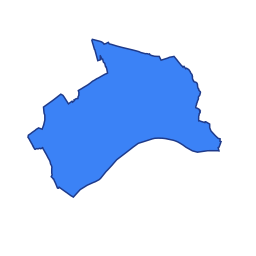 outline of Rasova, Constanta, Romania, rotated 196°
{"feature_id": "2599482B79501903079205", "entity_name": "Rasova", "entity_type": "district", "adm_level": 2, "iso_a3": "ROU", "parent_name": "Romania", "parent_adm1": "Constanta", "projection": "albers", "projection_center": [27.997, 44.248], "detail": "fine", "context": "isolated", "style": "filled", "palette": "blue", "viewbox_px": 256, "rotation_deg": 196, "n_neighbors": 0, "source": "geoboundaries", "source_scale": "gbopen_adm2", "svg_char_len": 5241}
<svg xmlns="http://www.w3.org/2000/svg" viewBox="0 0 256 256"><g transform="rotate(196 128 128)"><path d="M34.2,131.1L34.9,132.2L35.5,133.2L35.6,133.8L35.7,134.0L35.8,134.1L35.5,134.3L35.3,134.5L35.2,134.7L34.9,138.5L35.0,138.5L34.8,140.6L35.9,140.6L36.5,143.0L38.3,142.9L38.7,143.0L41.8,144.6L42.3,144.9L47.4,148.0L49.5,150.7L50.6,154.3L54.5,155.3L54.9,155.4L55.1,155.4L55.6,155.2L55.6,154.4L60.3,154.5L61.1,154.7L61.6,154.6L61.9,154.4L62.3,155.1L63.3,158.8L63.3,159.0L63.3,159.3L63.2,160.1L63.4,160.8L63.5,161.2L62.9,162.7L63.2,163.4L63.2,163.6L63.5,163.4L63.9,164.5L64.0,164.6L64.3,164.9L64.0,165.1L64.6,165.5L66.8,166.1L67.1,166.1L67.4,166.1L67.8,166.1L68.2,166.1L68.4,166.2L68.6,166.5L68.7,167.1L68.7,168.0L68.6,169.6L68.7,170.4L68.8,170.4L68.7,171.2L68.6,171.4L68.6,171.7L68.6,172.4L68.6,173.1L68.6,173.5L68.5,173.8L68.4,174.4L68.3,175.1L68.3,175.5L68.5,175.9L68.7,176.5L68.8,177.0L68.8,177.6L68.4,178.4L68.2,179.1L68.0,179.7L68.2,180.8L68.2,181.1L68.1,181.3L68.1,181.7L68.2,182.2L68.4,182.7L68.6,182.9L69.4,183.3L69.8,183.5L70.1,183.7L70.3,183.9L70.4,184.2L70.6,184.7L70.6,184.8L70.9,184.9L71.2,185.2L71.6,185.5L72.4,186.8L72.9,188.0L73.1,188.7L73.7,189.7L74.2,190.2L74.4,190.3L75.1,190.6L75.7,190.7L77.0,190.6L77.6,190.9L77.9,191.1L78.2,191.4L78.1,191.6L79.0,192.4L79.3,192.7L79.9,193.9L80.2,195.2L80.5,195.5L80.8,196.4L81.1,196.7L81.4,197.2L82.6,197.9L83.1,198.5L83.7,199.2L83.8,199.4L84.9,200.2L85.3,200.6L85.7,200.9L86.4,201.1L86.8,201.2L87.0,201.2L87.5,201.4L87.9,201.5L88.2,201.6L88.9,200.9L91.2,202.7L91.7,202.1L92.0,201.8L92.0,201.7L92.4,201.9L92.7,202.3L93.3,202.5L94.0,202.8L94.4,203.1L94.7,203.4L95.8,204.1L97.4,205.2L99.1,206.4L99.1,206.5L103.5,209.5L105.2,208.6L105.8,208.3L106.9,207.8L107.6,207.4L109.2,206.1L114.9,202.3L117.7,205.4L119.2,205.0L120.5,204.7L121.3,204.5L121.7,204.4L121.9,204.3L125.5,204.2L127.2,204.5L127.7,205.1L128.1,204.7L130.3,204.7L131.8,204.2L136.6,204.1L138.5,204.4L141.6,204.4L145.0,204.3L156.2,203.8L161.5,203.7L166.8,203.8L169.3,203.7L170.5,204.9L171.3,204.3L171.6,204.0L172.0,203.4L172.4,203.1L173.0,202.8L173.5,202.5L174.1,202.0L174.4,202.3L175.1,202.8L176.4,203.2L176.8,203.4L176.9,203.5L179.1,203.6L186.7,203.4L186.9,202.3L185.7,200.3L184.4,198.3L181.9,194.3L181.6,194.2L181.3,194.0L181.2,193.7L175.6,184.4L174.7,185.0L173.4,185.9L173.7,187.0L174.6,189.7L174.5,189.8L173.4,188.6L172.3,187.4L171.9,186.8L171.3,187.1L171.0,186.6L170.6,185.9L170.4,185.5L169.8,184.6L169.6,184.4L168.7,184.0L168.2,183.8L168.0,183.4L167.3,182.2L166.8,181.3L166.5,180.8L166.3,180.6L166.0,180.7L165.8,180.7L165.5,180.2L164.4,178.4L164.2,177.9L163.4,176.4L162.8,175.2L163.6,174.4L164.9,173.4L166.8,171.5L169.7,168.5L170.5,167.7L171.6,166.8L172.2,166.1L173.7,164.4L174.4,163.8L174.8,163.4L175.7,162.2L176.6,160.8L177.5,159.7L178.4,158.5L178.7,158.2L180.0,156.8L181.4,155.3L182.0,154.7L183.3,153.2L183.8,152.7L186.1,150.3L184.8,148.3L184.8,147.7L184.3,145.9L184.6,144.3L184.3,142.5L184.5,142.4L185.3,142.2L186.6,141.3L186.8,140.7L186.9,140.4L187.2,140.3L187.5,140.2L187.1,139.6L188.4,137.6L189.2,138.3L191.9,134.8L198.2,140.4L199.1,141.0L199.3,141.3L199.9,141.5L200.6,141.7L201.0,141.8L201.6,141.9L201.9,142.0L207.5,134.3L215.0,124.8L212.8,119.2L211.5,117.4L210.2,113.0L210.1,112.0L209.9,107.8L210.2,103.2L214.1,103.4L214.5,102.8L215.3,102.0L215.6,101.7L216.2,100.9L216.5,100.3L218.8,97.5L219.8,96.1L220.9,94.7L221.6,93.9L221.8,93.6L221.6,91.5L221.3,91.3L220.5,90.6L219.8,90.0L218.3,88.4L218.0,88.2L216.9,87.0L216.0,86.2L214.7,84.8L214.3,84.5L214.4,84.4L214.0,84.0L213.6,83.6L212.9,82.9L212.6,82.7L212.2,82.3L212.0,82.1L211.8,82.0L211.7,81.9L211.4,81.9L211.1,82.1L211.0,82.3L210.7,82.6L210.3,82.9L210.1,83.0L209.7,83.1L209.4,83.1L209.0,83.1L208.9,83.1L208.6,83.2L208.5,83.3L208.2,83.6L207.7,83.9L207.6,84.0L207.3,84.1L207.1,84.2L206.9,84.2L206.7,84.2L206.4,84.0L206.2,84.0L205.7,84.3L205.5,84.5L205.0,85.3L204.9,85.4L204.8,85.6L204.7,85.6L204.4,85.4L204.2,85.1L204.1,84.8L203.9,84.6L203.7,84.3L203.5,84.2L203.3,84.1L202.2,83.0L201.9,82.7L201.7,82.5L201.6,82.4L201.4,82.1L201.1,81.9L200.6,81.5L200.0,80.8L199.7,80.6L199.5,80.3L199.3,80.2L199.1,80.0L198.9,79.8L198.6,79.4L198.4,79.3L198.0,78.8L197.7,78.5L197.2,77.9L196.8,77.6L196.3,77.0L196.1,76.8L195.8,76.5L195.3,76.1L195.1,75.9L194.8,75.6L194.2,74.9L193.8,74.4L193.6,74.1L193.3,73.6L192.7,72.4L192.4,72.0L192.3,71.8L192.1,71.6L191.6,71.2L191.4,71.0L190.9,70.3L190.6,69.8L190.5,69.6L190.3,69.1L190.1,67.9L189.1,64.4L189.0,64.1L188.9,63.7L188.5,62.9L188.4,62.8L188.3,62.6L188.2,62.5L188.1,62.3L188.1,62.2L188.0,61.9L188.1,61.6L188.2,61.0L188.4,60.0L187.4,59.5L186.7,59.1L186.0,58.5L185.9,58.6L185.7,58.6L185.4,58.5L185.2,58.1L184.9,57.8L184.7,57.5L184.5,57.2L183.9,56.5L183.4,56.0L182.7,55.2L181.1,53.2L179.4,51.0L179.1,50.8L178.2,51.0L177.9,52.1L163.6,47.0L163.4,47.1L161.5,46.5L157.0,55.6L151.4,61.8L146.3,66.1L144.6,67.4L141.5,70.4L140.5,72.0L137.1,80.1L135.7,82.7L133.0,88.1L132.1,90.1L130.1,94.4L122.0,105.3L117.8,111.1L113.9,116.1L108.6,119.6L101.4,124.4L99.4,125.5L96.2,126.6L92.3,127.6L89.3,128.1L88.2,128.3L88.2,128.2L81.4,128.7L79.8,128.7L77.6,128.5L76.1,128.3L73.6,127.7L70.8,126.9L69.4,126.4L68.3,126.0L67.0,125.5L59.8,123.8L54.6,123.9L45.2,128.1L40.1,129.6L35.2,131.0L34.5,131.0L34.2,131.1Z" fill="#3b82f6" stroke="#1e3a8a" stroke-width="1.5"/></g></svg>